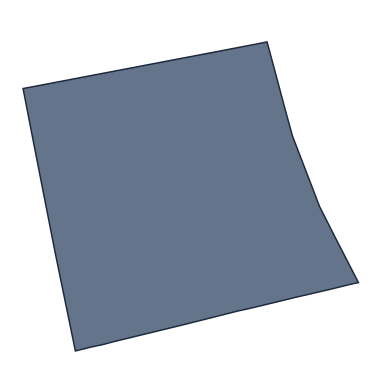 Wayne, Mississippi, United States of America, rotated 79°
{"feature_id": "52423323B18579387327768", "entity_name": "Wayne", "entity_type": "district", "adm_level": 2, "iso_a3": "USA", "parent_name": "United States of America", "parent_adm1": "Mississippi", "projection": "albers", "projection_center": [-88.616, 31.664], "detail": "fine", "context": "isolated", "style": "filled", "palette": "slate", "viewbox_px": 384, "rotation_deg": 79, "n_neighbors": 0, "source": "geoboundaries", "source_scale": "gbopen_adm2", "svg_char_len": 442}
<svg xmlns="http://www.w3.org/2000/svg" viewBox="0 0 384 384"><g transform="rotate(79 192 192)"><path d="M59.0,89.7L59.0,115.3L58.2,338.1L113.3,338.1L224.9,337.9L325.8,336.8L325.0,321.8L324.7,307.8L323.9,295.9L320.3,218.8L320.2,217.3L317.6,170.4L317.2,154.8L315.2,111.4L313.8,73.1L313.8,72.9L313.0,57.8L312.6,45.9L264.9,59.8L230.8,69.5L156.1,82.7L131.4,84.6L76.7,88.4L59.0,89.7Z" fill="#64748b" stroke="#1e293b" stroke-width="1.5"/></g></svg>